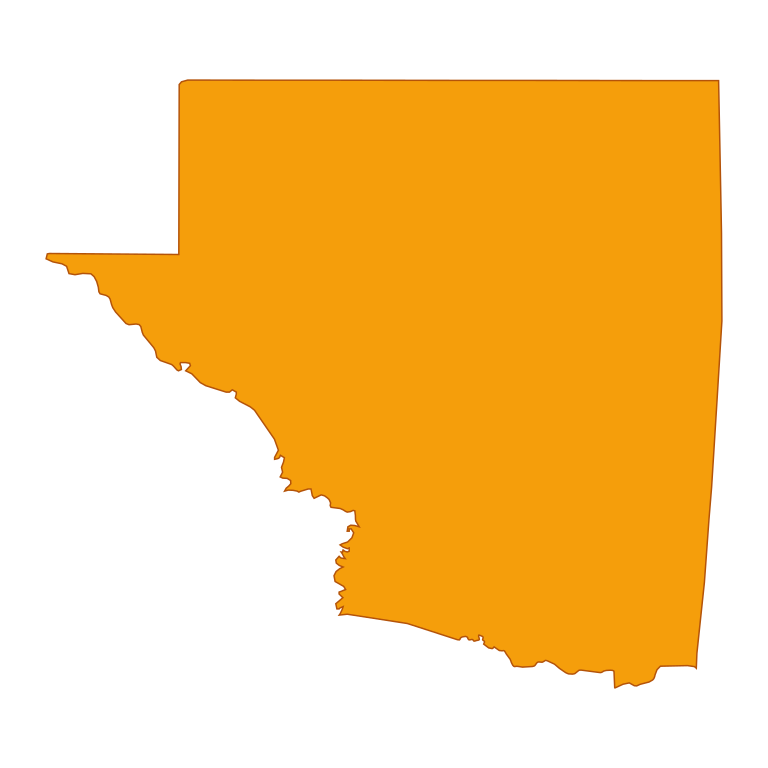 the border of Petén
{"feature_id": "GTM-1944", "entity_name": "Petén", "entity_type": "Department", "adm_level": 1, "iso_a3": "GTM", "parent_name": "Guatemala", "parent_adm1": "", "projection": "mercator", "projection_center": [-90.264, 16.829], "detail": "fine", "context": "isolated", "style": "filled", "palette": "amber", "viewbox_px": 768, "rotation_deg": 0, "n_neighbors": 0, "source": "natural_earth", "source_scale": "10m", "svg_char_len": 3765}
<svg xmlns="http://www.w3.org/2000/svg" viewBox="0 0 768 768"><path d="M721.5,233.1L721.9,321.0L717.0,400.8L711.6,487.3L709.0,519.0L704.4,582.4L696.9,653.3L696.3,668.2L696.1,668.0L695.9,667.8L694.4,666.6L687.5,665.6L660.4,666.2L657.0,669.7L655.1,674.7L654.6,676.8L654.2,677.8L653.7,678.8L652.6,680.0L649.1,682.0L640.2,684.3L636.7,685.9L634.3,685.7L629.3,682.9L623.1,684.2L615.3,687.8L614.9,687.9L614.7,687.6L614.0,671.6L613.7,670.9L612.5,670.4L610.6,670.2L606.5,670.4L604.7,670.8L603.4,671.2L602.8,671.7L602.1,672.1L601.4,672.4L600.5,672.6L599.4,672.5L581.1,670.1L579.1,670.2L575.6,673.0L575.0,673.5L574.2,673.8L572.6,674.1L568.7,673.9L567.3,673.4L565.6,672.6L559.5,668.4L554.8,664.4L554.0,663.9L547.1,660.7L546.2,660.5L545.3,660.4L544.2,661.2L542.6,662.1L541.8,662.2L539.2,662.0L538.3,662.0L537.6,662.3L537.0,662.7L536.5,663.3L535.3,665.0L534.9,665.5L534.5,665.8L534.0,666.1L532.4,666.5L522.5,667.1L517.9,666.4L516.7,666.3L515.6,666.4L514.8,666.6L513.8,666.3L512.8,665.3L511.4,662.6L510.9,661.1L510.2,659.3L506.3,654.0L505.3,652.2L504.4,650.9L503.7,650.6L502.0,650.8L499.3,650.5L494.1,646.9L492.8,648.3L492.1,648.6L488.7,647.9L483.7,644.1L484.5,642.0L484.4,641.3L483.8,640.8L483.0,640.3L482.6,639.5L482.6,639.4L482.7,639.2L482.9,638.6L483.1,637.9L483.1,637.2L482.6,636.6L482.0,636.2L479.8,635.3L479.2,635.1L478.7,635.2L478.6,636.1L479.2,638.5L479.3,639.1L479.3,639.5L479.1,639.8L478.6,640.1L476.2,640.6L475.4,640.9L474.5,641.1L473.8,641.0L472.7,639.6L472.2,639.5L471.4,639.5L469.8,639.9L468.7,639.7L467.9,638.6L467.6,637.6L466.8,636.8L465.5,636.4L462.3,636.9L461.0,637.6L460.2,638.4L460.1,639.0L459.9,639.4L459.8,639.5L459.4,639.9L457.4,639.7L407.3,623.5L347.2,614.2L339.2,615.1L340.3,613.5L342.3,609.2L343.1,606.6L341.5,607.3L340.7,607.6L340.2,607.8L339.1,608.9L336.9,608.9L335.8,603.7L342.9,597.7L339.1,594.0L339.1,592.1L345.6,589.5L343.7,586.4L335.1,581.5L334.0,575.7L336.1,571.5L339.7,568.7L343.1,567.0L339.2,565.4L336.3,563.1L335.8,560.0L339.1,556.3L340.4,557.6L341.3,558.1L345.2,558.6L344.0,557.0L342.2,553.6L341.1,552.0L342.5,552.1L342.8,551.7L342.8,550.9L343.1,550.0L344.9,551.3L347.3,552.0L349.2,551.2L349.2,548.0L347.4,548.7L343.1,547.1L340.1,544.9L342.1,543.8L347.6,542.0L351.9,537.8L353.7,532.8L351.2,528.9L349.2,528.9L349.2,531.2L347.2,531.2L347.9,526.8L350.7,525.2L354.7,525.5L359.2,526.8L355.8,521.1L355.5,519.3L355.4,515.3L354.8,510.8L353.1,510.4L350.5,511.6L347.2,512.1L345.4,511.3L343.3,509.9L340.2,508.5L331.0,507.3L330.2,505.6L330.6,502.9L329.1,499.5L327.3,497.8L324.5,495.8L321.2,494.9L314.1,498.3L312.3,495.6L311.0,489.0L308.1,489.0L300.5,491.3L298.9,492.1L297.1,491.1L293.0,490.3L288.3,490.1L284.6,491.1L286.2,488.2L288.8,486.0L290.8,483.7L290.6,480.5L287.2,478.4L282.7,478.1L280.2,476.9L282.6,472.2L281.5,467.3L283.5,462.1L284.4,457.7L280.4,455.3L279.6,457.3L278.6,458.3L277.0,458.8L274.6,459.3L274.6,457.4L278.4,450.2L274.4,439.1L254.5,410.2L250.2,406.8L239.7,401.4L235.3,397.8L236.3,394.2L236.3,392.1L232.3,389.8L229.5,392.1L226.1,392.1L205.8,385.7L200.3,382.6L191.8,373.8L185.7,370.8L190.4,365.7L189.7,363.3L185.7,362.6L180.5,362.6L180.0,363.9L181.1,366.7L181.4,369.5L178.5,370.8L177.0,370.0L173.3,365.9L171.6,364.5L160.3,360.5L156.8,357.3L155.5,351.0L153.8,347.7L143.4,335.1L142.3,332.4L140.8,326.5L139.2,324.6L136.1,324.0L129.0,324.7L126.0,323.5L115.6,312.0L112.8,307.7L111.6,304.6L110.1,299.1L108.8,297.0L106.1,295.4L100.1,293.8L98.9,291.8L98.3,287.1L96.7,281.5L94.1,276.6L90.9,273.8L82.8,273.4L75.0,274.7L69.0,273.6L66.6,266.3L62.0,263.8L52.9,261.9L46.1,258.8L47.3,253.9L48.8,253.6L49.5,253.5L178.8,254.5L179.0,169.5L179.2,84.5L181.5,81.8L187.6,80.1L200.3,80.1L265.1,80.2L329.9,80.2L394.7,80.3L459.5,80.4L524.2,80.4L589.0,80.5L653.8,80.6L718.6,80.6L719.9,147.5L721.5,233.1Z" fill="#f59e0b" stroke="#b45309" stroke-width="1.5"/></svg>